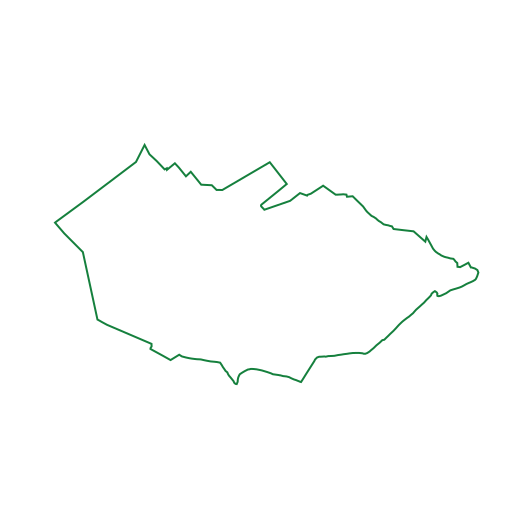 Montecristo de Guerrero, Chiapas, Mexico (Equal Earth projection), rotated 51°
{"feature_id": "50627088B70814550942087", "entity_name": "Montecristo de Guerrero", "entity_type": "district", "adm_level": 2, "iso_a3": "MEX", "parent_name": "Mexico", "parent_adm1": "Chiapas", "projection": "equal_earth", "projection_center": [-92.623, 15.678], "detail": "fine", "context": "isolated", "style": "outline", "palette": "green", "viewbox_px": 512, "rotation_deg": 51, "n_neighbors": 0, "source": "geoboundaries", "source_scale": "gbopen_adm2", "svg_char_len": 3429}
<svg xmlns="http://www.w3.org/2000/svg" viewBox="0 0 512 512"><g transform="rotate(51 256 256)"><path d="M105.2,356.0L103.6,389.9L103.6,391.2L117.8,390.8L144.0,388.1L165.6,399.0L205.6,419.2L208.0,418.2L210.4,417.3L215.7,415.1L258.5,392.5L260.4,393.9L260.6,394.1L260.7,394.4L261.1,395.7L261.8,396.5L262.4,396.3L275.3,391.0L283.1,387.9L284.4,377.8L287.4,376.8L290.8,374.3L291.8,373.5L293.5,372.1L295.2,370.6L297.4,368.5L299.0,366.9L301.6,364.0L304.3,361.9L306.6,360.0L309.5,357.5L311.8,355.1L313.8,353.1L316.3,351.0L319.6,351.3L321.2,351.6L324.3,351.8L326.2,352.0L328.4,351.5L329.9,352.0L331.9,352.3L334.5,352.2L336.5,352.2L339.1,352.2L340.9,352.7L342.5,352.4L343.4,351.6L342.2,349.4L341.0,348.3L340.4,347.7L339.2,346.2L338.2,344.3L337.7,343.0L337.8,341.8L337.9,340.6L338.1,339.1L338.4,337.1L339.1,333.8L339.8,332.6L340.5,331.1L342.1,329.2L344.1,327.2L344.4,326.9L347.3,324.5L348.7,323.4L353.1,320.4L356.6,318.2L358.5,317.3L363.0,313.1L363.6,312.7L363.9,312.3L366.4,310.5L368.8,308.1L371.0,306.5L373.3,305.5L375.8,304.2L377.6,303.0L379.8,301.8L381.3,300.9L381.5,300.9L382.3,300.3L381.0,296.4L379.4,291.8L375.8,281.1L374.9,278.4L374.4,276.9L373.6,275.2L373.3,272.4L374.0,270.4L375.5,268.4L377.1,266.1L377.3,265.9L378.1,265.2L379.3,262.8L380.8,260.8L382.9,257.9L384.6,254.6L386.2,252.0L387.6,249.5L389.3,246.8L390.5,244.7L392.2,242.0L394.4,239.1L396.4,236.7L396.8,236.3L398.7,234.4L399.6,233.9L400.7,232.7L401.4,230.7L401.7,227.8L401.6,226.0L401.6,223.7L401.6,222.8L401.5,221.6L401.2,218.6L401.2,214.5L400.9,210.8L401.8,209.0L401.5,206.0L401.5,205.9L401.3,203.5L401.0,200.8L400.7,196.4L400.1,192.0L399.9,190.9L399.5,188.3L399.2,185.0L399.1,183.4L399.1,181.3L399.2,177.4L399.4,175.4L399.3,172.3L399.3,170.0L398.9,167.9L398.5,165.5L398.4,163.4L398.3,160.8L398.3,160.7L398.1,157.6L398.0,154.8L397.6,152.4L397.4,151.2L397.3,149.5L397.0,146.7L396.7,144.8L395.8,143.2L395.7,140.9L395.9,139.1L396.5,138.9L398.0,138.5L399.4,138.7L400.2,139.6L401.2,140.1L402.3,139.2L403.2,137.3L403.9,134.5L404.6,131.6L405.0,126.6L406.2,123.5L407.1,121.4L408.6,117.6L409.3,115.3L409.8,112.6L410.2,110.1L410.8,107.8L411.4,105.8L412.1,103.0L412.2,102.1L412.4,100.7L412.2,99.5L411.0,97.0L408.8,93.6L406.2,92.8L403.3,93.8L403.1,94.0L400.5,95.7L400.3,95.9L400.1,96.2L394.9,95.2L394.1,99.5L393.1,104.4L392.2,105.2L391.2,106.2L388.1,104.0L385.9,104.4L383.7,104.3L382.4,104.4L382.2,104.6L380.8,105.9L380.3,106.4L378.1,107.9L377.6,108.3L377.3,108.5L377.0,108.8L375.9,109.6L375.2,110.1L372.9,111.3L372.1,111.7L369.9,112.3L369.2,112.7L366.0,113.6L364.3,113.8L361.7,113.8L359.0,113.3L358.1,113.1L356.3,112.8L351.4,111.9L348.5,111.5L351.4,115.4L336.0,118.0L329.0,124.9L328.8,125.1L321.6,132.1L318.5,131.7L317.0,132.9L315.4,133.9L313.7,135.4L311.7,136.9L308.2,137.7L306.1,138.5L304.2,138.9L302.4,139.1L299.6,140.0L297.5,141.0L292.1,141.8L290.0,141.9L284.9,141.6L276.6,142.6L270.4,143.3L267.2,148.0L265.2,147.1L263.0,149.3L262.9,149.4L261.9,150.9L259.8,153.8L258.5,155.5L247.9,158.4L243.6,159.6L243.5,161.0L242.1,174.2L240.9,177.5L241.2,178.3L234.8,182.2L234.6,194.8L225.3,220.4L224.3,220.4L221.4,220.7L220.3,220.6L219.9,220.3L219.5,219.6L219.5,198.7L219.4,186.8L198.6,186.4L191.8,186.3L188.5,207.9L183.5,240.7L182.7,241.6L179.8,245.1L179.5,245.1L173.2,245.8L166.1,253.7L149.5,253.7L150.0,260.3L138.7,260.3L132.9,260.7L133.0,270.9L131.7,270.1L131.2,272.5L119.8,273.4L110.0,274.8L99.6,272.7L107.4,290.1L105.2,356.0Z" fill="none" stroke="#15803d" stroke-width="2"/></g></svg>